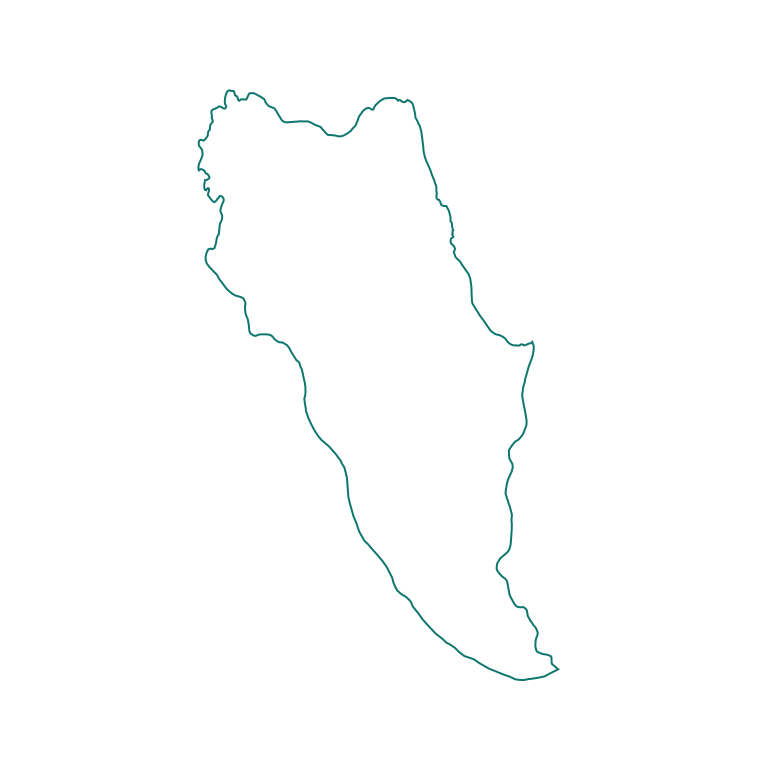 Cailaco, Bobonaro, East Timor (Equal Earth projection), rotated 170°
{"feature_id": "22284137B47334481051", "entity_name": "Cailaco", "entity_type": "district", "adm_level": 2, "iso_a3": "TLS", "parent_name": "East Timor", "parent_adm1": "Bobonaro", "projection": "equal_earth", "projection_center": [125.257, -8.874], "detail": "fine", "context": "isolated", "style": "outline", "palette": "teal", "viewbox_px": 768, "rotation_deg": 170, "n_neighbors": 0, "source": "geoboundaries", "source_scale": "gbopen_adm2", "svg_char_len": 6142}
<svg xmlns="http://www.w3.org/2000/svg" viewBox="0 0 768 768"><g transform="rotate(170 384 384)"><path d="M230.6,399.7L232.4,398.7L234.3,398.6L238.3,397.7L239.4,397.7L240.3,398.6L241.8,399.3L243.0,398.9L243.9,398.4L244.8,398.4L246.7,399.0L248.5,399.3L251.0,400.1L252.9,401.6L254.8,403.7L256.9,408.0L259.4,410.4L262.0,412.2L264.9,413.3L266.3,414.4L268.8,416.8L270.2,418.8L275.5,430.5L277.4,434.1L282.9,447.7L283.0,450.2L281.8,459.6L281.1,463.8L280.8,471.9L280.9,473.7L281.6,477.4L286.7,488.5L287.6,491.0L288.3,492.1L290.9,495.6L291.5,496.8L292.4,501.9L291.3,503.1L290.6,505.0L290.9,507.0L291.8,508.5L293.2,510.1L293.8,512.4L292.9,515.4L290.2,516.9L290.9,519.6L290.2,520.2L290.2,521.6L289.9,522.8L289.1,523.3L289.4,524.5L289.6,527.8L289.2,530.5L290.1,532.7L289.9,535.3L289.5,536.5L290.0,543.2L291.6,548.3L292.3,548.6L293.0,548.6L294.6,549.1L295.4,549.6L296.2,550.3L296.7,551.0L297.0,553.7L297.7,555.7L298.7,556.1L299.6,556.9L299.9,558.4L299.9,559.4L298.9,562.3L298.9,564.8L298.2,569.6L298.4,571.1L298.9,572.7L299.1,575.8L300.5,581.7L301.0,585.6L302.2,590.7L303.4,595.3L304.3,600.0L304.6,604.6L304.5,607.9L304.1,611.0L303.4,626.2L303.9,631.6L305.0,635.0L305.3,636.8L306.7,640.7L306.7,642.3L306.5,644.1L306.6,647.9L306.8,651.1L307.1,654.7L307.9,656.4L309.9,658.5L311.6,659.6L314.4,658.0L315.2,658.0L317.0,658.8L319.1,661.0L320.2,661.0L320.9,660.5L321.4,661.6L322.3,662.6L323.4,663.5L324.7,664.0L329.4,664.9L330.6,664.7L332.9,665.1L334.5,665.1L338.8,663.4L343.5,660.4L345.2,658.7L346.8,656.3L347.7,656.1L348.3,656.4L350.1,657.9L351.4,658.7L354.0,658.4L356.7,657.0L361.6,652.4L362.5,651.2L364.4,647.6L367.5,643.1L370.6,641.0L372.7,639.0L377.1,636.9L380.6,635.7L383.4,635.4L385.5,635.7L389.5,637.4L394.2,638.7L395.7,638.8L396.9,640.1L398.0,641.7L398.9,643.4L400.3,645.3L401.8,648.2L406.7,651.1L409.8,653.6L412.7,655.5L413.7,655.9L418.0,656.6L419.6,657.1L435.0,658.6L438.1,660.4L439.0,661.9L443.6,673.7L444.5,674.8L448.3,677.1L449.9,678.5L451.8,682.1L452.1,684.0L452.6,685.5L454.0,686.6L455.8,688.6L457.1,689.4L460.1,691.9L462.3,693.2L465.7,693.6L466.7,693.0L470.2,688.1L471.1,688.2L474.6,689.1L475.9,689.0L477.3,688.1L478.2,689.0L478.6,692.1L479.4,693.5L480.2,693.7L480.6,694.5L480.8,697.7L481.3,698.7L483.5,699.0L484.7,699.9L486.1,700.0L487.2,699.6L488.9,697.5L489.9,695.5L491.0,692.7L491.7,690.0L491.9,688.6L491.9,687.4L491.2,685.3L491.4,684.3L492.2,683.2L492.8,682.9L493.7,682.9L495.8,684.7L497.0,685.6L498.6,686.0L500.6,684.9L505.0,684.0L506.0,683.3L506.8,681.9L506.9,680.1L506.8,677.9L507.3,676.8L507.4,675.7L506.9,672.8L507.3,671.8L509.3,670.2L510.4,668.6L511.3,664.9L513.3,663.0L514.5,659.2L515.4,658.1L517.4,656.2L519.4,655.0L521.9,656.3L523.4,656.0L524.2,655.0L524.6,653.6L524.9,651.5L524.7,650.5L523.1,647.6L522.6,646.3L522.6,642.6L523.0,640.9L525.0,637.3L527.2,634.1L528.4,631.9L529.0,630.2L529.4,627.8L529.1,626.5L528.0,627.3L526.7,627.4L524.3,625.8L523.8,625.1L522.9,622.2L521.9,621.9L521.3,621.3L520.5,619.7L520.0,618.0L520.3,617.0L522.5,615.9L524.8,615.9L526.3,611.8L526.8,609.7L526.9,607.2L526.6,606.2L525.5,605.7L524.8,606.7L523.3,607.5L522.5,606.6L522.5,605.7L523.4,603.5L524.5,601.3L524.5,600.4L523.4,598.3L522.1,595.4L520.2,592.9L519.3,592.5L518.2,593.2L517.0,594.0L516.0,595.2L514.2,596.4L513.3,597.6L511.7,597.3L510.7,596.5L510.2,595.4L509.8,593.9L510.0,592.6L510.4,591.7L512.5,588.8L514.2,585.4L515.0,583.5L514.9,581.6L514.2,578.6L514.2,577.2L514.9,574.7L515.6,573.1L517.5,570.7L518.2,568.9L520.6,560.5L521.2,559.5L522.1,558.7L523.3,556.8L525.1,551.7L527.3,547.4L529.4,546.6L531.2,547.4L532.8,547.4L534.0,546.8L536.0,543.9L537.5,540.5L538.0,538.0L538.0,536.2L537.5,533.3L535.8,529.8L530.9,522.4L529.6,520.8L529.0,518.7L527.6,515.0L525.6,511.4L523.0,506.0L521.5,503.8L518.6,500.1L515.1,497.0L510.3,494.7L508.3,493.3L507.3,492.1L506.6,489.0L506.4,487.8L506.7,486.1L507.3,485.3L507.9,481.0L508.1,477.9L507.6,474.1L507.1,472.6L506.9,470.4L506.9,465.7L507.3,461.4L507.3,458.9L507.1,457.9L506.3,456.4L504.6,455.0L504.1,454.4L502.0,453.6L499.8,454.2L497.1,454.4L490.7,453.2L487.5,452.1L485.5,450.1L484.2,447.4L481.7,444.6L479.3,443.1L476.7,442.5L472.9,439.2L471.2,436.2L469.7,431.5L466.2,422.8L463.8,420.0L463.3,415.9L462.3,412.2L462.1,404.8L461.8,399.5L461.9,395.0L462.7,389.7L463.5,386.6L465.0,383.5L465.3,378.8L465.3,373.7L465.5,370.8L464.4,363.6L463.3,359.3L461.2,352.4L460.0,349.0L457.4,343.3L455.3,339.7L449.0,332.1L443.3,322.7L440.1,316.1L439.2,312.7L437.6,308.9L437.1,303.8L436.8,297.9L438.7,279.1L438.3,271.4L437.7,265.8L437.0,258.9L435.3,251.6L434.1,243.1L430.6,233.2L427.5,228.9L423.7,222.4L419.9,216.3L415.9,209.3L413.0,203.0L409.6,191.9L409.1,186.2L408.1,182.1L406.8,178.3L403.9,174.6L399.0,170.2L395.5,165.3L394.2,159.6L390.0,152.2L387.0,145.7L382.5,138.4L376.3,129.0L370.6,122.8L367.3,118.3L364.1,115.9L360.0,111.9L356.6,107.0L352.2,102.2L343.3,97.3L338.6,92.6L330.5,85.8L316.9,77.2L310.9,73.9L306.0,70.4L302.4,69.2L297.7,68.1L293.5,68.3L287.8,68.0L280.7,68.0L276.2,68.2L273.2,69.4L262.0,72.8L267.2,79.1L267.3,80.2L266.6,85.5L267.0,87.0L270.1,89.0L274.5,90.5L277.0,91.9L279.7,93.9L280.3,95.4L280.5,99.7L279.1,105.4L277.7,108.2L276.3,110.3L275.8,112.8L276.7,117.0L277.7,119.0L278.7,120.5L279.6,122.9L280.7,124.8L282.6,130.4L282.7,132.6L282.6,135.6L283.1,137.5L285.1,139.9L289.2,140.6L291.1,141.3L292.4,142.5L293.7,144.6L296.3,152.1L296.9,154.5L297.0,160.3L297.0,166.6L297.3,169.2L298.3,171.0L301.3,174.2L304.1,178.7L305.0,181.3L305.1,183.0L304.6,184.9L303.6,187.7L300.8,191.1L299.5,192.3L292.4,196.4L290.2,198.3L289.0,199.9L287.6,202.9L286.7,205.5L283.4,218.8L283.1,221.0L282.6,222.5L282.1,227.7L281.3,231.0L280.8,232.5L280.8,234.0L281.4,241.9L282.0,244.3L282.3,247.8L282.9,250.9L283.3,255.2L282.6,257.9L281.8,260.0L280.7,263.5L279.3,266.6L277.7,269.5L273.7,275.3L272.5,277.6L271.6,279.9L271.5,283.2L273.4,288.5L273.2,292.4L272.5,297.2L269.1,300.8L265.2,304.3L261.0,306.0L257.4,308.9L255.0,311.7L251.6,317.5L250.8,319.1L250.1,322.0L249.9,324.6L249.8,333.5L250.0,338.4L250.0,345.8L249.9,348.8L249.8,349.8L248.7,352.6L247.7,356.2L245.1,361.4L244.3,363.9L238.4,376.1L235.0,381.9L233.8,383.7L232.3,387.1L230.9,390.9L230.0,395.0L230.1,396.2L230.5,398.3L230.6,399.7Z" fill="none" stroke="#0f766e" stroke-width="2"/></g></svg>